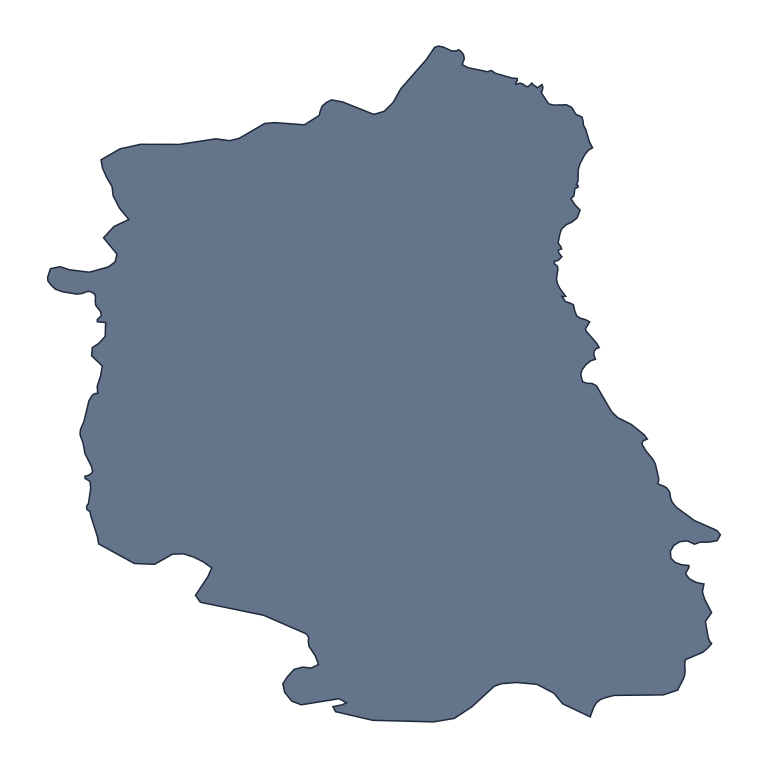 map outline of Lublin (Equal Earth projection)
{"feature_id": "POL-3151", "entity_name": "Lublin", "entity_type": "Voivodeship", "adm_level": 1, "iso_a3": "POL", "parent_name": "Poland", "parent_adm1": "", "projection": "equal_earth", "projection_center": [23.045, 51.304], "detail": "fine", "context": "isolated", "style": "filled", "palette": "slate", "viewbox_px": 768, "rotation_deg": 0, "n_neighbors": 0, "source": "natural_earth", "source_scale": "10m", "svg_char_len": 3774}
<svg xmlns="http://www.w3.org/2000/svg" viewBox="0 0 768 768"><path d="M458.5,49.7L460.5,51.0L463.4,54.3L464.3,58.7L462.2,64.7L468.2,67.7L487.4,71.7L491.5,70.5L495.1,73.2L511.7,78.0L517.3,78.5L517.3,80.6L515.3,83.7L516.1,84.3L520.0,83.1L523.3,84.3L525.7,86.2L528.3,86.6L531.9,83.1L533.0,84.6L535.6,86.3L537.4,87.9L541.9,84.6L542.9,87.1L542.2,91.1L541.1,92.3L548.6,103.8L553.8,105.1L566.5,104.8L571.5,107.2L573.3,109.8L574.7,112.5L576.3,114.6L578.8,115.5L582.1,117.3L583.1,121.2L583.4,125.1L585.7,129.3L589.5,142.0L592.6,147.8L588.4,150.2L584.9,154.5L579.9,163.9L578.2,170.1L578.0,181.1L576.3,184.9L577.3,185.2L577.8,185.2L578.0,185.6L578.1,187.2L574.9,188.6L573.9,195.9L570.9,198.7L575.1,204.9L580.1,210.1L577.1,217.9L572.0,222.0L566.3,224.7L561.8,228.8L560.7,231.2L559.7,234.8L558.2,242.6L559.1,244.4L561.0,246.8L561.6,248.9L559.1,249.8L558.1,250.8L558.9,252.9L560.6,255.3L561.9,256.8L558.5,260.1L556.8,260.9L554.4,261.2L554.4,263.7L557.5,266.3L557.9,269.6L556.5,278.8L557.4,283.6L559.8,288.4L565.7,296.3L563.9,296.5L562.0,296.3L565.4,301.6L569.7,302.9L573.4,304.7L574.4,309.2L574.9,311.3L576.8,316.1L581.0,318.4L585.9,319.8L589.7,321.9L585.5,328.7L585.9,330.8L596.9,343.5L599.2,347.6L596.0,348.8L594.1,351.2L593.8,354.7L595.5,359.3L590.6,360.8L585.8,364.8L582.1,369.8L580.7,374.3L582.5,381.6L586.7,383.3L591.9,383.4L596.5,385.8L611.6,411.7L617.7,417.6L631.4,424.5L644.3,434.9L647.3,439.1L642.9,440.9L641.9,444.1L645.9,450.8L653.1,459.6L655.4,464.2L658.7,478.5L658.7,480.6L657.6,483.3L659.6,484.7L663.0,485.8L666.3,487.6L669.3,491.3L670.1,494.1L670.4,497.1L671.9,501.6L676.0,507.0L694.3,520.5L716.9,530.5L720.4,534.8L717.2,540.7L709.0,542.1L700.0,542.2L694.5,544.2L687.3,540.9L679.9,541.7L673.7,545.5L670.4,551.4L670.9,558.0L674.9,562.3L681.4,564.7L688.9,565.5L688.9,567.6L685.5,573.6L689.3,578.8L696.7,582.6L704.0,584.0L702.4,591.8L704.6,599.1L711.5,612.4L711.6,612.6L705.4,621.3L708.2,637.7L710.2,642.2L711.6,643.2L711.3,644.0L707.9,647.9L702.8,652.3L685.4,659.7L684.7,663.9L685.1,670.5L684.7,675.0L683.5,678.7L677.6,690.1L663.4,694.9L614.2,695.4L604.8,697.8L600.2,699.7L596.5,702.7L593.5,707.7L590.2,716.9L562.8,703.9L553.9,693.2L536.8,684.3L516.8,682.5L501.3,683.7L494.2,686.3L471.9,706.8L454.3,718.4L433.7,721.9L372.7,720.3L335.6,711.7L332.9,706.7L342.1,704.8L346.4,702.8L339.1,698.7L301.3,704.8L291.8,701.2L284.7,692.4L282.8,683.8L287.4,676.7L294.1,669.4L302.6,667.1L311.0,668.0L318.5,664.5L315.4,656.1L309.0,646.4L308.3,641.6L308.6,637.0L306.1,633.8L263.6,615.3L200.4,602.3L195.5,595.3L207.9,576.6L211.7,567.9L203.1,561.8L193.5,557.0L183.2,553.8L172.5,554.2L154.6,564.3L134.3,563.5L98.7,543.9L97.4,536.6L90.7,515.6L90.2,512.4L89.7,511.2L88.4,510.6L87.2,509.7L86.6,507.7L86.9,505.6L87.6,504.6L88.3,503.9L88.6,502.8L90.7,488.1L90.0,481.4L85.0,478.4L85.0,476.1L86.9,475.8L89.3,474.9L91.4,473.4L92.6,471.4L91.6,466.8L85.0,453.6L83.0,442.7L80.6,436.5L80.0,433.9L80.4,429.9L81.5,427.0L83.8,422.0L88.9,400.8L92.2,395.3L94.7,393.6L97.7,393.3L97.2,386.1L100.6,375.8L102.3,366.0L91.6,355.8L92.3,347.5L98.6,343.5L105.2,336.4L105.6,322.5L97.3,321.8L97.3,319.5L101.4,315.7L100.5,311.5L95.8,305.5L95.2,300.7L95.5,296.9L94.5,293.9L90.4,291.6L87.8,291.4L81.2,293.7L76.5,294.1L62.6,291.8L55.2,289.1L51.3,285.4L47.9,280.9L47.6,277.4L50.4,268.7L60.1,266.7L69.7,269.8L89.3,272.2L108.4,266.9L115.1,261.9L117.0,254.2L103.5,237.8L114.0,226.5L128.8,219.5L119.5,208.2L113.1,195.7L112.1,186.7L106.9,177.9L102.6,168.4L101.0,159.8L120.1,148.8L140.5,144.3L179.3,144.4L216.0,138.8L229.6,140.7L239.0,138.4L264.6,123.5L274.9,122.6L304.3,124.8L319.2,115.4L320.5,110.3L322.2,106.0L326.6,102.4L331.5,99.9L342.5,101.9L373.8,114.4L384.2,111.3L393.1,102.5L400.8,88.7L426.2,59.7L434.7,47.3L438.3,46.1L443.2,47.0L451.6,50.9L456.4,50.9L458.5,49.7Z" fill="#64748b" stroke="#1e293b" stroke-width="1.5"/></svg>